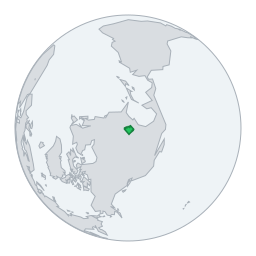 Arkansas on an orthographic globe, rotated 228°
{"feature_id": "USA-3528", "entity_name": "Arkansas", "entity_type": "State", "adm_level": 1, "iso_a3": "USA", "parent_name": "United States of America", "parent_adm1": "", "projection": "orthographic", "projection_center": [-91.2, 34.755], "detail": "medium", "context": "on_globe", "style": "filled", "palette": "green", "viewbox_px": 256, "rotation_deg": 228, "n_neighbors": 0, "source": "natural_earth", "source_scale": "10m", "svg_char_len": 9762}
<svg xmlns="http://www.w3.org/2000/svg" viewBox="0 0 256 256"><g transform="rotate(228 128 128)"><circle cx="128" cy="128" r="113" fill="#eef3f6" stroke="#a8b0b8"/><path d="M150.4,238.4L147.3,238.9L148.0,238.3L150.6,237.5L148.7,237.8L154.4,235.4L151.8,236.2L155.2,232.7L160.1,228.6L166.1,215.7L164.3,213.3L156.6,211.4L147.4,200.8L150.3,195.2L148.1,192.9L155.3,183.9L153.1,176.5L150.5,175.8L148.0,179.0L138.7,175.0L135.1,169.1L105.2,158.5L101.9,154.9L101.4,149.4L89.7,129.3L95.6,147.6L91.4,143.7L87.7,136.9L89.4,135.7L86.5,125.9L82.5,121.5L81.0,109.1L86.6,94.7L88.1,97.5L89.2,94.0L87.4,90.4L85.9,89.0L87.5,74.3L82.6,64.7L77.7,64.7L81.4,62.5L69.9,65.2L65.1,63.3L72.6,63.6L74.9,62.3L72.7,59.9L74.6,58.1L74.7,56.1L77.2,54.3L81.3,54.9L83.0,53.8L81.4,52.3L82.8,49.7L85.0,52.1L87.8,47.9L95.3,48.9L99.2,57.9L105.4,57.9L114.8,66.1L116.0,64.2L120.4,66.4L123.4,65.2L124.3,67.3L125.9,64.5L124.5,62.8L124.7,61.0L126.3,60.2L127.8,62.7L127.2,63.5L128.4,63.8L128.5,65.5L129.4,64.2L130.9,67.5L131.8,63.1L135.1,64.8L135.5,67.4L132.2,68.5L125.1,78.3L124.5,81.8L126.8,85.2L138.0,88.3L138.6,91.7L141.8,95.3L142.9,92.6L140.8,88.9L143.7,85.1L140.8,81.3L141.6,79.3L139.9,75.1L143.5,74.3L148.1,75.9L149.7,79.4L151.7,80.3L153.0,76.0L158.6,82.0L167.1,85.1L168.2,87.0L165.3,92.0L158.2,94.2L154.5,101.8L160.4,95.6L163.0,100.8L164.9,101.3L166.8,100.4L167.2,98.0L168.8,99.6L163.6,106.1L162.0,104.7L163.7,102.6L160.4,103.8L156.9,108.7L158.5,111.2L151.5,116.8L152.5,118.8L151.6,121.4L150.4,117.7L152.4,124.5L144.5,133.7L147.1,145.7L140.7,137.0L136.1,136.4L130.7,137.0L131.1,139.0L123.5,137.8L117.2,142.1L115.9,151.6L119.3,158.7L127.6,158.8L129.7,154.8L135.6,153.6L132.3,164.4L142.7,165.0L142.2,172.7L145.4,176.2L150.4,174.6L155.6,175.6L159.0,170.7L164.6,167.2L165.1,173.2L167.9,167.0L171.3,169.2L182.2,165.8L181.5,167.4L190.7,171.3L200.0,170.4L202.2,173.5L201.2,176.5L204.2,175.7L204.2,177.2L215.7,172.8L220.9,172.6L220.3,177.9L215.1,187.0L208.3,200.7L198.4,209.2L194.5,214.1L184.4,222.4L178.6,224.4L178.9,225.9L174.5,228.4L170.4,229.8L168.5,231.3L165.3,232.3L166.6,232.5L160.0,235.2L160.0,235.7L154.8,237.3L153.5,237.7L151.6,238.1L151.2,238.2L150.4,238.4ZM31.8,124.2L32.5,121.7L32.9,124.0L31.8,124.2ZM32.4,119.8L32.3,120.7L32.3,119.8L32.4,119.8ZM32.0,118.8L32.3,119.5L31.9,118.9L32.0,118.8ZM31.5,117.8L31.8,118.2L31.7,118.3L31.5,117.8ZM147.0,149.7L158.9,153.5L152.6,155.3L153.7,154.1L150.6,152.2L145.0,150.9L139.3,152.7L147.0,149.7ZM30.9,115.6L30.8,114.9L31.2,115.1L30.9,115.6ZM151.3,142.5L149.3,142.3L151.2,142.0L151.3,142.5ZM85.0,88.7L87.2,90.6L88.1,94.6L86.0,93.2L85.0,88.7ZM83.5,81.4L85.1,81.6L83.6,85.1L83.2,83.9L83.5,81.4ZM73.8,65.4L75.2,66.6L73.2,66.1L73.8,65.4ZM74.2,56.1L73.2,56.4L73.6,55.3L74.2,56.1ZM137.9,75.9L138.9,75.5L138.7,76.5L137.9,75.9ZM136.3,74.5L135.4,75.9L134.5,75.4L135.1,74.6L136.3,74.5ZM77.9,51.5L78.9,49.6L78.6,51.6L77.9,51.5ZM137.6,72.9L133.0,74.5L131.5,73.7L132.3,69.9L137.6,72.9ZM80.0,48.7L82.4,44.5L80.4,44.7L87.6,42.1L83.1,46.3L83.0,48.6L81.7,47.9L80.0,48.7ZM123.3,62.6L124.9,64.4L122.1,63.7L123.3,62.6ZM121.5,62.6L112.5,63.6L111.0,60.8L114.3,60.9L111.2,58.1L114.9,56.2L117.4,57.3L117.6,59.5L118.9,57.2L121.5,62.6ZM91.2,41.5L92.4,40.7L91.9,41.7L91.2,41.5ZM124.6,60.3L122.9,60.6L121.5,58.2L124.6,57.0L124.1,58.2L124.6,60.3ZM108.5,58.4L108.0,56.5L110.9,54.4L111.1,53.4L114.8,55.9L108.5,58.4ZM125.2,58.3L126.2,56.5L128.4,57.0L126.1,59.8L125.2,58.3ZM119.8,58.1L119.3,56.9L120.6,57.1L119.8,58.1ZM136.6,57.9L134.6,58.2L133.7,56.9L136.6,57.9ZM126.5,55.8L125.7,55.7L125.1,55.3L126.2,54.2L126.5,55.8ZM116.6,54.3L117.9,53.9L115.2,53.2L117.2,51.7L119.3,53.7L119.3,52.3L119.9,51.8L120.9,54.0L116.6,54.3ZM125.6,52.0L129.0,54.3L132.9,53.9L133.8,55.0L127.4,55.5L125.6,52.0ZM122.8,52.9L124.7,52.6L124.9,54.0L123.6,55.2L122.8,52.9ZM117.8,50.1L114.2,51.8L113.8,51.3L117.8,50.1ZM126.7,51.5L125.8,51.0L126.9,51.3L126.7,51.5ZM120.5,50.1L119.3,50.8L118.9,50.2L120.5,50.1ZM125.2,49.5L126.3,50.2L125.5,51.0L125.2,49.5ZM123.0,49.5L122.8,48.6L124.5,50.8L122.5,49.9L123.0,49.5ZM120.4,49.5L119.8,49.4L121.0,49.3L120.4,49.5ZM127.6,46.3L130.0,48.9L128.2,50.5L126.2,47.7L127.6,46.3ZM149.2,238.6L147.4,238.9L149.7,238.5L149.2,238.6ZM152.6,237.9L154.2,237.5L154.6,237.4L152.6,237.9ZM205.3,46.0L207.2,47.9L205.2,46.4L196.8,38.9L193.7,36.5L205.3,46.0ZM189.5,33.6L190.6,34.5L186.3,31.8L190.9,34.9L191.0,34.8L193.9,36.9L193.9,37.2L192.4,36.1L193.7,37.4L200.6,42.6L201.6,43.0L206.6,48.4L208.7,49.8L211.0,52.3L208.5,51.0L206.6,49.4L204.2,50.6L206.6,52.6L209.0,51.8L209.5,52.8L212.8,56.0L210.6,54.4L207.3,55.2L210.0,61.3L218.3,73.6L218.9,77.5L217.3,79.4L209.5,71.5L209.0,63.8L206.2,61.4L202.2,61.0L202.4,58.8L200.7,57.9L200.1,55.2L195.3,50.0L194.1,47.4L188.3,44.4L186.9,42.8L190.7,44.9L192.7,45.2L189.2,39.4L187.4,38.0L183.9,36.6L183.4,35.4L180.5,34.9L176.6,31.6L178.9,35.2L174.9,34.2L170.4,32.0L169.5,32.4L176.8,36.1L179.3,37.1L180.8,36.8L188.0,40.7L190.1,42.9L184.1,41.8L186.3,45.0L180.6,43.1L164.4,33.4L159.7,30.2L160.0,26.0L163.3,26.8L164.9,28.7L167.0,27.4L165.1,27.3L164.7,26.4L160.7,25.6L160.2,24.9L157.3,25.4L156.2,24.5L158.1,24.3L151.4,22.7L148.1,21.2L146.8,21.2L146.4,21.6L142.6,19.7L141.8,19.8L142.7,20.4L141.8,21.1L138.6,21.8L137.5,21.0L138.5,20.7L138.8,19.1L141.6,18.7L140.8,18.5L138.1,18.7L137.7,20.6L136.1,21.2L135.8,20.2L135.8,20.6L134.7,20.7L132.5,20.2L132.6,21.3L121.6,24.4L116.2,24.1L117.2,22.6L108.3,25.0L103.0,25.0L103.9,25.5L100.2,27.4L101.8,27.4L101.9,27.8L93.3,33.4L90.3,34.4L87.6,38.0L88.0,38.4L90.1,37.8L87.6,42.1L80.4,44.7L79.7,43.7L75.6,46.3L74.7,43.8L72.1,43.2L73.5,39.5L71.2,39.6L69.9,40.6L65.9,41.7L62.3,40.9L71.1,36.9L77.7,38.5L75.5,37.3L77.8,36.3L78.1,35.2L76.4,34.6L75.1,35.3L81.5,28.9L81.0,26.8L76.7,29.4L73.2,30.9L68.9,32.2L70.0,31.5L76.9,27.6L84.0,24.3L91.3,21.5L98.9,19.2L106.5,17.4L114.3,16.2L122.2,15.5L130.0,15.4L137.9,15.8L145.7,16.8L153.5,18.3L161.1,20.3L168.5,22.9L175.8,26.0L182.8,29.6L189.5,33.6ZM239.6,113.0L239.7,113.6L239.5,128.5L238.0,128.6L232.5,122.0L231.4,115.0L228.6,109.7L219.1,78.2L220.1,75.6L216.0,62.4L216.0,61.5L219.7,65.9L219.3,62.1L215.3,57.0L213.9,55.2L218.9,61.5L223.4,68.1L227.4,75.0L230.9,82.3L233.9,89.7L236.4,97.3L238.3,105.1L239.6,113.0ZM225.8,90.7L226.9,92.4L225.8,90.7ZM182.5,165.6L183.9,166.4L182.2,166.9L182.5,165.6ZM152.0,158.1L154.4,157.8L155.7,158.6L153.9,159.2L152.0,158.1ZM171.6,154.2L174.2,154.1L171.6,155.3L171.6,154.2ZM160.7,153.9L169.5,154.5L164.4,157.6L158.8,157.2L162.5,155.9L160.7,153.9ZM150.7,146.5L152.2,146.7L151.9,148.0L150.7,146.5ZM152.7,142.2L152.1,142.4L151.3,141.6L152.7,142.2ZM163.3,100.4L163.8,100.0L165.9,99.6L165.1,100.8L163.3,100.4ZM173.3,92.5L175.7,95.4L173.5,94.0L173.0,96.0L167.8,95.9L168.4,88.0L169.1,91.5L173.3,92.5ZM160.9,94.0L164.2,94.7L160.6,94.2L160.9,94.0ZM192.0,56.1L193.1,55.5L195.3,57.2L196.8,61.3L193.7,58.8L192.0,56.1ZM194.2,54.3L187.8,52.4L186.6,50.0L188.4,51.6L188.2,50.2L191.0,52.5L196.1,52.4L198.4,53.9L199.9,60.2L198.2,57.2L197.2,57.9L194.2,54.3ZM173.6,54.3L170.8,54.1L171.8,49.1L174.3,49.8L176.0,53.8L174.0,55.2L173.6,54.3ZM139.9,66.2L138.8,67.0L138.4,66.2L139.0,64.9L139.9,66.2ZM135.7,58.1L144.4,62.3L143.6,63.3L149.7,64.9L149.8,68.2L145.9,67.0L150.5,71.0L147.0,71.3L150.4,73.7L141.6,70.7L138.6,71.3L141.9,69.3L141.8,66.1L140.9,65.0L136.1,62.2L129.7,62.3L128.6,59.5L129.6,57.4L130.9,57.0L131.2,58.9L132.9,56.9L134.3,59.4L135.7,58.1ZM141.4,38.9L141.1,40.8L144.7,38.4L146.2,40.4L146.5,40.0L148.8,41.2L152.2,42.1L152.4,43.2L153.6,43.1L155.2,44.0L157.0,44.3L157.9,46.4L160.2,47.0L159.3,47.6L162.9,48.1L160.7,48.7L162.5,50.1L163.7,48.8L164.6,60.5L166.6,65.3L169.6,69.3L165.4,70.1L159.9,67.1L154.4,62.5L153.0,57.9L151.4,59.2L150.2,57.5L152.0,57.1L148.5,56.6L148.0,55.1L143.2,51.9L138.5,52.5L136.6,51.4L138.2,50.5L135.2,50.1L136.9,47.7L135.6,47.0L136.0,44.0L139.9,42.8L138.1,42.1L138.3,40.0L141.4,38.9ZM127.9,45.4L132.2,43.3L135.1,43.4L133.2,48.6L134.1,49.6L133.0,53.2L128.8,53.0L129.5,52.0L129.2,51.0L130.6,51.4L129.3,50.3L130.2,48.9L129.4,47.6L131.0,47.2L127.9,45.4ZM214.1,58.8L213.7,57.9L212.7,56.2L214.8,58.3L214.1,58.8ZM211.9,59.5L211.3,58.3L213.8,60.2L214.1,61.2L211.9,59.5ZM209.0,56.2L211.1,58.1L210.2,57.7L209.0,56.2ZM189.9,43.9L189.1,42.8L189.8,42.9L191.2,43.9L189.9,43.9ZM152.4,33.3L151.8,34.1L151.0,33.8L147.8,34.6L146.5,33.4L147.9,32.4L152.4,33.3ZM211.0,52.0L209.9,50.7L211.5,52.6L211.0,52.0ZM150.4,32.1L149.3,32.5L149.3,31.6L150.4,32.1ZM145.4,32.5L145.1,31.5L146.0,33.3L145.4,32.5ZM137.4,23.8L143.4,23.9L146.8,23.6L147.3,22.5L149.1,24.2L143.9,24.7L137.4,23.8ZM123.6,24.3L123.2,25.5L121.7,25.2L121.6,24.9L123.6,24.3ZM124.6,24.9L127.2,26.0L125.9,26.8L124.1,25.8L124.6,24.9ZM139.0,28.4L140.9,28.5L140.8,29.1L139.0,28.4ZM60.9,37.5L60.6,37.7L60.9,37.5ZM62.6,36.3L64.9,35.0L60.9,38.0L59.4,38.9L59.9,38.3L62.0,36.7L62.3,36.5L62.6,36.3ZM64.3,35.6L66.3,34.1L74.3,30.6L75.0,30.7L66.8,34.5L68.3,33.4L67.0,33.9L64.3,35.6ZM91.5,40.4L92.3,40.7L91.0,41.0L91.5,40.4ZM102.9,27.8L102.9,28.4L101.4,28.7L102.9,27.8ZM102.0,30.5L103.7,29.7L102.4,30.8L102.0,30.5ZM107.5,27.9L104.6,29.5L106.6,27.6L107.5,27.9Z" fill="#d9dde1" stroke="#a8b0b8" stroke-width="1"/><path d="M129.4,127.5L129.5,127.6L129.4,127.7L129.4,127.8L129.2,127.9L129.2,128.0L129.0,128.4L129.0,128.6L128.9,128.7L128.8,128.8L128.7,128.8L128.7,128.7L128.7,128.8L128.5,129.1L128.4,129.2L128.5,129.3L128.4,129.4L128.3,129.5L128.2,129.5L128.3,129.6L128.2,129.7L128.2,129.8L128.3,129.8L128.2,129.9L128.1,130.0L128.1,130.3L127.9,130.3L128.0,130.4L128.1,130.5L128.0,130.8L128.2,131.0L128.1,131.4L123.3,131.4L123.3,130.3L123.3,130.2L123.2,130.3L123.1,130.2L122.9,130.2L122.9,130.3L122.8,130.2L122.7,130.2L122.8,126.7L122.6,124.5L129.6,124.6L129.8,124.8L129.8,125.0L129.7,125.0L129.5,125.3L129.4,125.3L129.3,125.5L130.3,125.5L130.3,125.8L130.0,126.1L130.0,126.3L130.0,126.5L129.9,126.5L129.8,126.8L129.7,126.8L129.8,127.1L129.8,127.3L129.6,127.3L129.5,127.5L129.4,127.5L129.4,127.5Z" fill="#22c55e" stroke="#15803d" stroke-width="1.5"/></g></svg>